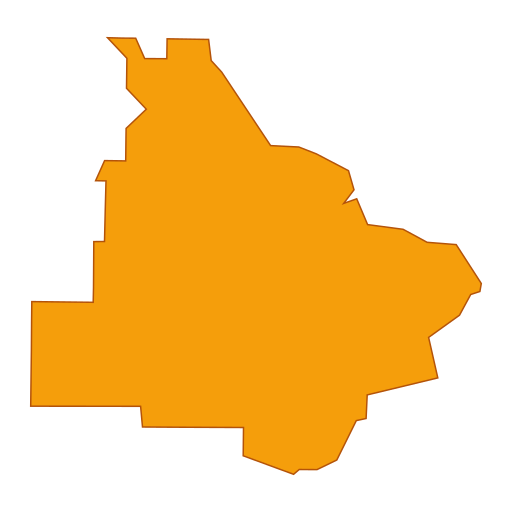 outline of Henry, Georgia, United States of America
{"feature_id": "52423323B6580750779767", "entity_name": "Henry", "entity_type": "district", "adm_level": 2, "iso_a3": "USA", "parent_name": "United States of America", "parent_adm1": "Georgia", "projection": "orthographic", "projection_center": [-84.158, 33.473], "detail": "fine", "context": "isolated", "style": "filled", "palette": "amber", "viewbox_px": 512, "rotation_deg": 0, "n_neighbors": 0, "source": "geoboundaries", "source_scale": "gbopen_adm2", "svg_char_len": 808}
<svg xmlns="http://www.w3.org/2000/svg" viewBox="0 0 512 512"><path d="M293.6,474.3L299.2,469.5L317.0,469.6L336.8,460.0L356.3,420.6L366.1,418.5L367.2,394.9L437.8,377.9L428.6,337.4L459.5,315.2L470.7,294.5L479.9,291.5L481.3,283.5L456.2,244.6L427.1,242.3L403.1,229.3L367.6,224.6L356.7,198.8L343.7,203.4L354.0,189.8L348.5,170.7L316.4,153.9L298.8,147.0L270.6,145.6L221.7,72.1L211.2,60.6L208.6,39.4L205.1,39.4L167.1,38.8L166.8,58.7L144.7,58.6L135.7,38.2L122.5,38.1L107.5,37.7L126.9,58.3L126.5,88.3L146.3,109.2L126.1,128.4L126.0,135.3L125.7,160.9L104.6,160.6L95.6,180.7L106.0,180.9L105.3,207.7L104.5,241.5L93.8,241.6L93.5,287.7L93.2,302.3L31.8,301.6L31.6,321.2L31.4,350.2L30.7,406.2L140.6,406.3L142.5,427.0L174.8,427.2L243.5,427.5L243.2,455.8L293.6,474.3Z" fill="#f59e0b" stroke="#b45309" stroke-width="1.5"/></svg>